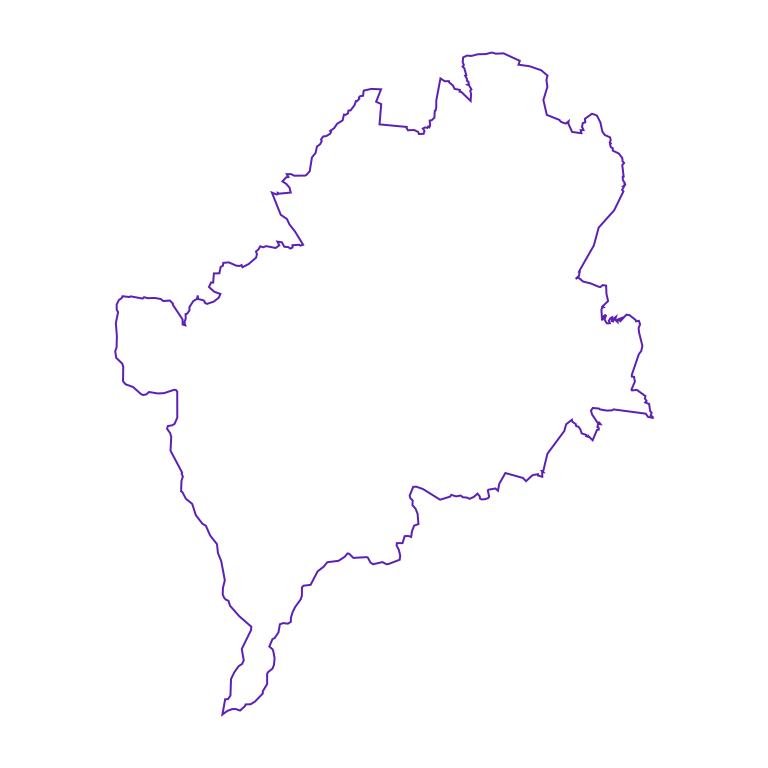 outline of Zapotlanejo, Jalisco, Mexico, rotated 271°
{"feature_id": "50627088B58634544896561", "entity_name": "Zapotlanejo", "entity_type": "district", "adm_level": 2, "iso_a3": "MEX", "parent_name": "Mexico", "parent_adm1": "Jalisco", "projection": "mercator", "projection_center": [-103.045, 20.64], "detail": "fine", "context": "isolated", "style": "outline", "palette": "violet", "viewbox_px": 768, "rotation_deg": 271, "n_neighbors": 0, "source": "geoboundaries", "source_scale": "gbopen_adm2", "svg_char_len": 6145}
<svg xmlns="http://www.w3.org/2000/svg" viewBox="0 0 768 768"><g transform="rotate(271 384 384)"><path d="M467.2,121.1L465.4,120.3L463.4,117.5L458.8,115.3L453.5,115.5L451.2,116.9L440.3,114.8L427.1,116.1L415.9,116.0L412.1,114.7L405.5,115.8L399.8,121.9L396.6,123.0L382.3,123.0L379.2,125.6L376.6,133.2L369.6,141.3L368.8,143.4L369.5,146.6L371.9,149.2L370.6,157.9L371.0,164.2L374.6,174.4L374.3,176.1L372.8,177.4L346.8,177.9L340.5,175.3L339.0,172.9L338.2,168.6L335.4,167.9L331.2,171.0L327.5,172.2L313.6,171.7L291.9,183.7L290.9,183.2L287.9,184.5L283.7,183.2L273.2,183.0L272.4,184.3L265.8,187.9L260.8,194.3L249.5,198.2L241.1,204.9L239.1,208.4L229.5,212.8L221.0,219.8L212.1,220.9L204.2,224.3L184.9,228.3L177.3,226.5L170.9,226.4L167.6,227.8L165.7,229.5L164.6,232.2L159.6,233.9L149.3,243.3L139.0,255.6L135.5,255.3L116.6,246.4L105.2,248.6L101.6,247.0L99.4,243.6L93.2,239.4L86.4,236.2L69.8,235.9L66.2,233.5L66.0,230.7L50.7,228.2L54.3,232.9L56.3,237.8L56.4,241.5L55.0,245.8L59.4,250.5L61.2,251.2L61.5,256.3L64.2,260.5L72.4,268.2L74.7,268.2L82.0,272.4L92.1,272.2L94.0,273.2L97.5,277.5L101.3,278.9L107.9,279.4L114.8,278.0L116.7,277.3L119.5,273.9L126.9,276.9L128.2,279.2L133.8,282.8L142.0,284.1L143.2,287.6L142.7,292.1L144.6,295.0L148.6,295.0L154.0,296.5L159.4,299.0L167.4,304.6L171.2,305.6L179.2,305.5L180.9,307.0L181.9,314.1L195.5,320.9L200.5,327.1L204.8,330.4L206.4,341.6L210.6,347.8L214.0,350.5L213.6,352.2L209.6,356.4L210.6,369.8L210.1,370.9L205.3,373.5L203.6,376.2L205.9,385.5L203.9,389.6L204.0,391.3L208.6,402.8L212.7,403.2L218.5,401.7L222.8,399.4L225.1,399.6L225.2,405.3L232.2,407.3L232.5,410.8L231.6,413.8L237.5,414.6L242.9,416.6L244.6,420.9L255.0,419.8L259.9,417.7L263.2,414.6L268.1,414.7L270.2,412.4L272.7,411.6L281.7,415.0L281.9,418.0L279.7,424.7L269.3,442.1L272.5,452.0L274.3,453.2L272.9,458.1L273.8,462.6L272.1,464.9L271.9,468.9L270.7,471.6L272.7,475.8L276.0,479.4L273.3,481.7L271.1,482.0L270.3,483.5L270.6,487.1L271.8,490.2L273.3,491.1L279.1,489.7L280.1,490.2L281.5,497.2L279.3,499.8L286.3,501.0L297.1,506.9L292.5,524.5L289.3,527.7L295.1,533.7L295.8,535.6L296.5,539.5L295.2,539.6L294.0,543.9L298.5,543.7L298.5,544.8L299.8,543.4L300.0,544.8L317.1,548.6L340.2,565.1L346.9,566.8L351.5,572.5L349.5,573.0L347.3,576.4L345.3,576.9L344.7,579.1L342.1,581.1L338.1,582.5L336.6,587.2L335.4,587.0L334.6,589.4L335.3,589.5L331.4,593.6L341.7,597.7L342.3,599.6L344.4,599.2L344.6,598.2L347.8,598.7L347.6,601.2L349.3,599.8L349.3,598.0L357.1,592.6L361.0,591.4L363.7,593.2L363.2,599.4L362.4,600.3L361.3,607.1L361.6,612.3L362.6,614.0L358.9,646.2L355.7,648.6L354.8,653.3L355.7,653.3L357.3,651.2L359.9,652.1L361.6,650.6L368.7,649.4L370.1,645.5L371.7,646.8L374.0,645.1L376.5,645.6L382.5,636.9L381.9,632.1L382.7,631.5L390.8,634.8L395.5,633.9L395.7,631.7L397.5,631.6L418.3,638.3L421.4,640.6L426.6,641.7L440.0,638.1L444.3,637.6L448.2,639.0L451.6,637.7L451.1,634.8L452.4,634.5L457.1,628.3L457.5,625.1L450.9,619.2L452.0,618.1L453.7,619.4L452.4,616.2L450.0,616.5L452.3,613.8L455.2,614.7L453.0,612.1L450.6,612.0L450.9,610.6L454.7,611.0L454.1,609.6L451.3,607.7L448.7,608.7L448.5,605.8L452.3,603.4L456.2,604.7L456.7,604.0L455.8,602.6L451.4,600.9L462.3,600.1L464.0,600.7L464.5,602.2L465.3,601.0L470.8,606.6L478.3,604.8L486.2,604.4L486.7,601.0L484.7,598.6L484.9,597.2L488.2,588.9L489.9,581.3L493.8,576.5L492.5,573.8L495.5,577.0L499.5,577.7L499.6,577.0L501.7,578.0L526.2,591.4L544.1,595.9L561.7,611.1L580.7,620.0L582.3,618.7L586.1,620.8L586.1,620.0L587.6,621.6L588.3,621.1L588.9,622.1L588.7,621.5L592.2,619.2L595.4,619.1L595.5,620.0L607.0,618.4L609.2,620.2L610.7,618.7L614.1,618.3L618.5,614.8L621.4,608.6L623.8,608.6L624.7,606.7L627.5,605.8L629.0,607.1L628.5,605.9L629.2,605.5L631.7,606.4L634.5,605.8L636.9,600.3L640.3,597.9L649.3,595.8L655.9,592.3L656.7,591.0L657.8,587.2L652.6,580.2L649.2,580.7L648.4,578.2L644.7,577.5L641.4,579.0L641.2,576.2L638.2,577.0L639.3,567.7L647.7,563.7L649.9,564.0L647.6,561.3L648.0,559.7L649.4,556.0L651.1,554.8L655.9,542.1L670.7,538.4L684.1,542.2L690.8,541.1L695.2,542.1L700.5,535.6L704.3,523.8L705.6,512.9L709.5,514.1L716.7,497.7L716.2,490.2L717.3,485.9L715.7,480.2L715.3,472.0L713.5,465.5L713.8,461.3L711.9,457.4L706.8,457.1L704.4,458.3L702.7,457.0L701.1,458.8L694.1,460.9L693.7,459.7L690.6,461.6L688.6,461.6L687.8,463.1L685.5,463.6L684.8,462.2L684.2,463.7L680.1,466.3L678.9,465.1L675.4,466.0L668.5,465.7L677.3,456.3L677.6,454.5L679.4,454.7L680.3,449.4L683.7,447.7L686.6,444.0L687.9,443.7L687.8,439.4L690.5,435.1L668.2,431.3L661.8,431.4L658.3,430.8L658.1,430.0L651.1,429.7L648.5,427.0L648.2,425.1L643.2,425.6L641.4,424.8L642.2,423.7L640.8,422.8L641.3,420.7L640.1,418.4L637.7,420.1L634.8,419.2L634.6,414.5L636.7,413.7L638.5,409.6L638.1,403.6L640.2,402.1L641.4,402.3L643.5,375.0L663.8,376.3L666.1,371.2L678.6,375.9L678.8,366.0L677.0,358.6L671.8,358.0L671.4,355.2L670.1,353.9L668.8,354.4L666.3,352.0L666.4,351.0L662.2,349.6L657.0,345.8L656.8,343.7L653.9,343.2L652.4,340.8L652.7,339.3L646.8,338.0L643.4,332.6L638.8,329.6L636.1,325.7L635.1,326.7L633.1,325.6L630.9,321.9L630.4,318.8L627.4,316.8L625.8,317.5L622.7,316.0L620.2,312.8L613.9,311.6L609.3,308.0L595.4,306.0L591.7,302.8L591.0,301.4L590.7,290.6L592.2,287.5L592.1,283.1L589.3,284.8L588.9,282.6L584.8,278.9L582.3,282.9L578.7,286.1L573.8,287.4L572.5,276.0L573.3,274.3L571.9,274.4L571.7,273.0L573.4,268.6L551.4,277.8L547.2,284.1L541.9,286.7L535.0,292.3L521.8,300.7L520.9,297.9L521.7,296.9L521.2,290.1L518.9,290.2L517.8,287.9L519.2,285.9L519.5,281.9L523.9,279.4L524.5,274.9L520.8,276.9L518.1,273.3L519.8,263.7L518.6,260.9L519.5,257.8L516.6,256.3L514.2,253.7L511.6,254.7L508.1,253.9L501.6,246.6L498.3,240.5L500.4,239.5L499.5,237.7L499.7,234.4L502.9,226.6L502.3,221.2L499.5,220.9L498.1,218.6L491.8,217.5L491.6,212.0L482.4,211.4L482.5,209.3L477.9,207.3L473.2,212.8L471.2,218.9L467.3,217.2L463.4,212.3L461.0,205.6L462.2,203.3L463.8,203.0L464.7,201.6L465.7,196.6L469.3,196.3L465.8,195.5L463.6,191.9L457.5,188.1L454.1,188.2L450.8,185.9L450.4,184.4L446.0,184.6L442.2,183.4L439.2,184.3L440.0,181.6L445.0,181.5L459.5,171.5L460.8,171.5L463.7,168.4L463.1,161.9L465.1,159.2L466.0,153.4L465.7,146.2L466.6,142.6L465.2,141.2L467.2,129.1L466.5,128.0L467.2,121.1Z" fill="none" stroke="#5b21b6" stroke-width="2"/></g></svg>